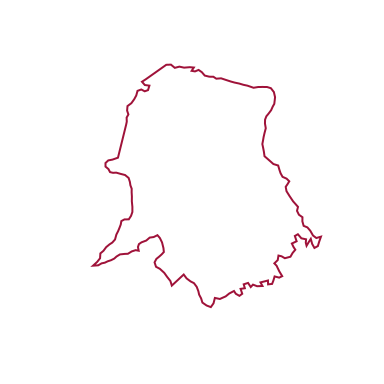 outline of Vargem Bonita, Santa Catarina, Brazil, rotated 147°
{"feature_id": "56859067B32510958714119", "entity_name": "Vargem Bonita", "entity_type": "district", "adm_level": 2, "iso_a3": "BRA", "parent_name": "Brazil", "parent_adm1": "Santa Catarina", "projection": "mercator", "projection_center": [-51.749, -26.945], "detail": "fine", "context": "isolated", "style": "outline", "palette": "rose", "viewbox_px": 384, "rotation_deg": 147, "n_neighbors": 0, "source": "geoboundaries", "source_scale": "gbopen_adm2", "svg_char_len": 2746}
<svg xmlns="http://www.w3.org/2000/svg" viewBox="0 0 384 384"><g transform="rotate(147 192 192)"><path d="M208.8,79.1L205.3,79.3L204.0,84.3L200.1,82.5L198.9,86.4L194.5,85.2L194.5,80.3L191.3,81.1L188.7,77.5L184.1,74.8L183.8,78.9L179.8,77.5L176.5,76.4L178.5,73.1L174.9,71.3L172.1,73.3L168.7,76.2L165.5,72.7L162.2,72.3L162.0,78.0L161.2,84.1L161.8,87.3L157.2,88.2L154.1,91.6L151.9,89.3L150.2,85.9L144.7,84.1L140.8,86.1L136.8,87.3L136.8,90.7L136.3,94.4L131.1,93.7L129.7,99.1L126.2,98.9L125.5,93.6L122.1,90.2L124.2,87.5L125.2,84.5L121.4,86.4L117.9,88.0L119.5,83.0L119.8,78.4L115.9,78.1L112.6,80.9L108.2,84.3L112.8,85.7L114.2,89.6L113.9,95.1L114.5,99.5L116.8,102.8L115.4,107.3L113.1,110.7L114.7,114.7L114.2,119.0L111.2,121.8L112.3,129.1L112.4,135.5L112.3,141.2L110.6,145.3L107.5,146.6L104.6,148.0L105.4,151.7L107.8,155.4L107.5,159.5L106.6,163.0L105.3,167.3L108.5,171.1L109.7,175.5L110.7,179.1L111.7,182.5L109.7,186.8L108.2,190.5L106.9,193.9L104.3,196.6L102.0,199.1L99.0,202.0L95.4,205.3L93.5,209.7L91.3,212.9L88.4,215.0L85.5,215.9L81.1,217.5L77.7,219.7L75.0,221.1L72.9,223.6L70.7,226.3L68.9,231.2L69.3,236.1L71.8,239.1L75.5,241.6L79.3,244.0L83.6,245.9L87.6,251.0L90.5,253.9L93.3,257.2L96.7,260.6L99.1,263.3L102.1,267.0L105.7,271.5L109.9,273.8L111.3,277.0L114.7,279.3L117.9,282.7L118.5,287.2L120.0,290.8L123.8,291.5L126.3,293.8L122.7,295.4L125.9,297.9L130.9,300.6L134.3,304.0L138.8,305.5L140.3,310.3L144.3,312.7L169.3,311.7L173.9,311.7L173.3,307.4L169.8,304.4L173.4,301.4L176.8,302.2L178.7,305.6L182.6,306.5L186.2,303.3L189.9,301.3L194.5,299.5L199.3,299.2L202.1,295.6L203.1,291.7L206.3,290.0L208.4,286.5L210.7,284.2L235.4,261.1L241.1,262.5L245.0,264.1L248.8,263.4L250.7,260.4L249.6,256.8L249.9,253.3L247.8,251.1L245.0,249.5L242.3,246.4L238.9,242.7L237.5,238.3L238.6,234.3L240.0,231.2L240.8,227.6L242.8,224.6L244.9,220.9L247.5,217.0L250.1,212.0L252.9,207.7L256.1,205.2L259.9,203.5L263.6,205.8L267.1,206.1L269.5,203.5L272.4,201.4L275.3,199.4L278.6,197.5L282.4,194.1L286.4,193.0L289.7,193.0L294.0,192.5L298.3,190.9L302.3,190.4L305.2,186.5L309.7,185.0L315.1,184.1L310.6,181.6L306.7,181.4L303.6,180.2L300.5,179.8L297.1,178.9L293.5,178.5L290.4,179.0L286.4,178.9L282.1,176.7L279.4,175.1L274.9,175.0L270.9,173.9L268.7,171.8L267.3,175.3L264.9,177.2L261.8,177.3L256.8,176.2L252.3,176.8L248.7,175.1L244.5,174.6L244.0,170.9L244.6,166.0L246.5,160.5L248.3,157.0L251.4,156.2L254.6,155.7L258.3,155.3L261.7,153.4L262.9,148.9L260.8,145.1L259.3,139.3L259.1,134.5L258.6,129.1L259.9,124.5L243.9,127.3L243.6,122.5L241.9,117.8L240.0,114.5L239.7,109.9L240.7,105.3L241.9,102.1L242.3,97.8L243.5,93.6L241.6,88.9L238.9,85.2L234.6,86.9L230.5,90.7L226.9,87.1L223.6,86.6L220.6,86.1L216.1,86.6L210.7,86.1L210.7,82.8L208.8,79.1Z" fill="none" stroke="#9f1239" stroke-width="2"/></g></svg>